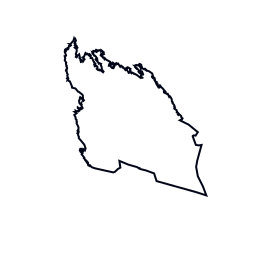 the district of Bamble nor, Telemark, Norway, rotated 228°
{"feature_id": "86288312B26401918029146", "entity_name": "Bamble nor", "entity_type": "district", "adm_level": 2, "iso_a3": "NOR", "parent_name": "Norway", "parent_adm1": "Telemark", "projection": "equal_earth", "projection_center": [9.617, 59.025], "detail": "fine", "context": "isolated", "style": "outline", "palette": "ink", "viewbox_px": 256, "rotation_deg": 228, "n_neighbors": 0, "source": "geoboundaries", "source_scale": "gbopen_adm2", "svg_char_len": 6083}
<svg xmlns="http://www.w3.org/2000/svg" viewBox="0 0 256 256"><g transform="rotate(228 128 128)"><path d="M98.7,175.0L100.1,174.7L101.3,175.5L104.0,175.3L104.0,174.1L104.5,174.1L104.5,174.8L105.1,175.3L106.7,175.3L106.7,174.8L107.2,174.8L107.4,175.4L108.7,176.0L111.4,175.4L111.7,176.5L112.8,176.5L112.8,177.1L113.9,177.6L117.0,177.8L117.2,178.5L118.6,178.5L120.2,179.8L123.1,180.4L124.2,180.2L123.9,179.5L126.9,180.4L127.1,180.0L126.5,179.8L128.7,179.6L128.6,179.2L130.3,178.5L131.2,179.2L130.6,180.1L134.9,180.3L133.6,180.2L136.7,180.1L136.9,179.4L138.1,180.4L138.5,180.1L138.2,179.1L137.3,178.3L137.8,178.0L139.4,178.7L139.8,178.4L139.6,178.2L140.6,178.4L140.4,179.0L140.9,179.5L141.8,179.4L141.1,179.0L141.9,178.6L143.7,179.3L143.5,179.8L145.1,179.3L144.6,179.6L146.3,179.8L147.1,180.7L146.7,180.8L147.4,181.2L148.2,181.0L147.6,180.8L148.7,180.6L148.7,179.9L149.9,180.0L150.3,180.3L149.9,181.3L152.3,182.5L156.1,181.6L157.7,180.6L159.5,180.4L159.1,180.0L161.1,179.6L161.1,179.2L163.6,178.1L163.6,177.6L164.0,177.8L163.8,177.5L164.4,177.7L163.8,178.2L164.3,178.8L163.8,179.0L164.5,179.3L165.1,178.8L164.9,179.2L165.6,179.3L165.5,178.8L166.1,178.6L165.8,179.1L166.4,179.5L166.3,180.0L166.7,180.0L167.8,179.6L167.9,178.9L166.4,179.1L167.0,178.4L167.6,178.8L166.7,177.8L167.9,177.7L168.1,177.0L169.4,176.3L169.8,174.8L168.7,175.0L169.4,174.5L167.5,174.5L167.7,174.0L165.9,174.1L165.7,174.6L162.9,174.6L163.0,174.1L162.7,173.7L163.7,173.6L162.3,173.5L162.9,174.2L162.4,174.3L162.4,175.1L162.0,174.8L161.9,173.9L159.7,174.1L160.1,175.5L161.5,176.2L160.6,176.2L157.8,175.2L157.7,174.7L158.5,174.6L159.0,173.6L157.6,171.9L155.8,172.2L156.0,171.6L155.6,171.5L156.4,171.5L156.7,171.9L157.2,171.3L156.0,171.0L160.8,170.2L164.2,169.1L164.2,168.7L166.0,168.5L166.2,167.3L167.1,167.5L166.9,167.2L167.9,166.9L168.5,165.4L169.6,165.7L168.8,167.2L169.1,168.3L170.0,168.5L170.3,169.4L173.4,168.4L173.7,166.8L172.6,166.7L172.5,165.8L172.1,166.3L171.6,166.0L172.8,165.7L172.6,165.1L176.6,164.9L176.6,164.5L177.4,164.5L177.3,164.9L178.9,164.6L178.7,163.2L182.3,163.7L182.3,163.3L183.2,163.1L183.4,162.6L184.1,162.6L184.1,162.0L183.0,162.0L183.4,161.0L186.8,160.4L186.7,159.7L185.9,159.4L183.0,159.2L182.6,158.2L183.2,158.4L183.4,157.5L182.8,156.7L183.3,156.3L186.2,156.2L187.0,155.5L187.2,155.9L186.3,156.3L186.2,156.9L186.6,156.9L186.6,158.1L187.1,158.1L186.6,158.8L188.2,158.9L188.4,157.9L188.9,159.0L189.3,159.0L193.4,157.5L195.2,157.5L195.0,156.6L196.8,157.1L197.0,156.5L199.5,156.8L199.5,156.4L200.4,156.4L200.7,157.2L200.1,157.6L200.7,157.9L200.1,158.1L200.1,158.6L199.2,158.8L199.0,159.6L200.9,160.1L200.8,160.6L203.5,160.2L203.2,159.9L203.7,159.9L203.7,159.2L204.6,159.2L205.2,158.5L205.1,157.8L207.5,156.6L207.4,155.9L204.7,155.9L206.9,155.0L208.1,154.1L207.4,153.0L207.9,153.0L207.5,152.5L207.9,152.3L207.0,152.1L207.2,151.6L204.3,151.3L204.1,151.8L202.3,151.9L201.1,151.4L201.1,151.7L200.0,151.8L200.5,151.7L199.6,151.1L200.9,150.7L200.7,149.8L196.4,149.7L195.5,149.3L195.3,150.2L193.7,150.9L193.3,149.9L191.3,149.4L188.8,147.7L186.3,147.6L186.1,146.8L190.2,146.0L190.0,145.3L191.6,144.5L192.0,144.8L192.0,144.4L192.9,144.4L193.0,145.2L194.2,146.3L196.7,145.9L196.3,144.9L195.2,144.2L197.9,145.4L198.3,146.5L197.8,146.3L197.8,146.8L199.6,146.7L204.1,148.1L205.0,147.1L205.7,147.8L206.6,147.8L206.6,148.4L207.3,148.2L207.0,148.8L207.5,149.0L208.8,148.8L209.2,148.1L208.9,147.5L210.4,147.4L210.4,146.7L211.8,146.7L211.6,146.2L212.0,146.2L210.4,142.9L210.4,141.9L210.7,142.0L210.8,141.6L209.6,141.9L208.9,141.8L209.0,141.3L208.1,141.3L208.4,140.1L207.7,139.9L207.6,139.4L208.5,139.9L207.9,139.3L209.1,138.8L208.4,137.8L208.6,137.2L210.6,138.2L210.6,138.8L212.6,138.8L212.8,139.6L215.5,141.0L215.6,139.1L214.9,137.1L215.8,136.8L216.7,138.4L218.0,138.8L219.6,141.6L221.1,142.5L221.5,144.1L222.2,144.1L222.0,143.6L223.1,143.3L222.9,142.3L223.4,142.2L223.3,144.7L224.0,144.7L224.2,143.9L225.1,143.7L225.8,145.3L226.7,145.1L226.7,145.7L227.3,145.7L227.8,147.8L229.8,148.5L230.0,147.5L230.5,147.7L229.3,145.7L229.3,143.9L229.8,143.7L229.2,143.7L228.8,141.3L229.1,141.0L228.7,141.1L228.6,139.5L227.9,139.6L228.0,140.8L227.6,140.8L227.7,139.3L228.2,138.7L227.6,137.5L227.8,137.0L227.2,136.8L227.7,136.8L227.7,136.6L226.8,136.8L226.7,136.6L226.7,136.1L227.8,136.0L226.9,133.7L228.3,134.1L228.3,133.6L226.9,131.9L223.4,130.6L223.2,130.2L223.8,129.0L221.8,128.0L220.7,126.3L217.8,125.8L217.7,125.2L216.2,124.2L215.4,124.2L214.9,123.3L214.0,123.3L213.0,122.6L212.5,121.5L212.0,121.6L212.7,121.2L212.3,120.5L211.9,120.8L211.6,120.2L210.4,120.0L209.8,119.4L208.0,119.0L207.5,117.8L205.8,117.2L206.1,117.0L205.7,115.9L204.8,116.3L204.5,115.8L204.5,116.3L203.1,115.3L201.5,116.0L195.4,113.8L196.2,113.7L195.4,113.4L192.5,115.4L188.3,115.2L188.0,115.6L183.4,116.4L182.4,116.2L179.5,113.9L178.1,113.8L177.9,112.1L178.3,112.8L181.0,113.5L182.9,113.1L182.5,112.2L181.7,111.7L181.2,110.1L179.2,108.6L177.5,108.5L177.7,109.9L177.2,109.3L176.4,109.3L176.1,108.5L173.2,107.6L173.2,106.9L173.9,107.1L174.7,106.2L174.4,105.1L176.9,104.5L176.4,104.0L174.1,104.6L174.5,104.0L173.4,103.5L173.5,102.3L174.2,102.3L174.7,101.1L175.9,100.7L175.0,100.1L175.6,99.2L173.4,99.7L173.6,96.8L171.3,96.3L169.8,95.2L168.4,95.2L167.3,94.1L166.6,94.1L166.0,93.0L161.7,91.7L159.0,89.2L159.9,89.2L159.7,88.6L158.1,88.8L157.5,87.4L158.2,87.4L157.9,86.8L157.0,87.0L155.7,85.9L154.4,85.7L153.5,84.7L144.9,84.4L141.2,82.8L140.2,81.0L142.0,80.9L142.0,79.6L143.4,79.9L143.8,79.4L142.5,78.9L140.7,79.1L140.5,78.5L144.1,78.0L143.6,77.2L142.1,76.8L139.6,77.1L139.4,75.9L135.3,75.7L135.1,75.0L132.2,75.1L132.4,74.7L129.2,74.3L129.4,75.1L128.8,75.0L128.3,74.3L126.7,74.1L127.7,73.9L126.9,73.5L124.7,74.3L125.6,74.4L125.6,74.8L123.2,74.8L119.8,76.7L104.8,87.4L104.2,89.0L104.3,93.1L103.7,95.8L109.3,99.6L100.3,103.9L92.7,108.7L90.6,109.1L90.4,109.8L89.4,109.6L84.2,113.1L76.8,117.0L69.4,113.7L34.3,136.0L25.5,141.1L34.5,144.6L45.4,147.6L53.5,152.6L57.4,157.6L66.2,171.3L67.6,169.1L70.0,167.1L78.5,170.5L78.8,170.9L78.5,172.0L77.1,173.1L78.2,177.1L90.0,175.3L99.0,171.7L98.3,174.0L98.7,175.0Z" fill="none" stroke="#020617" stroke-width="2"/></g></svg>